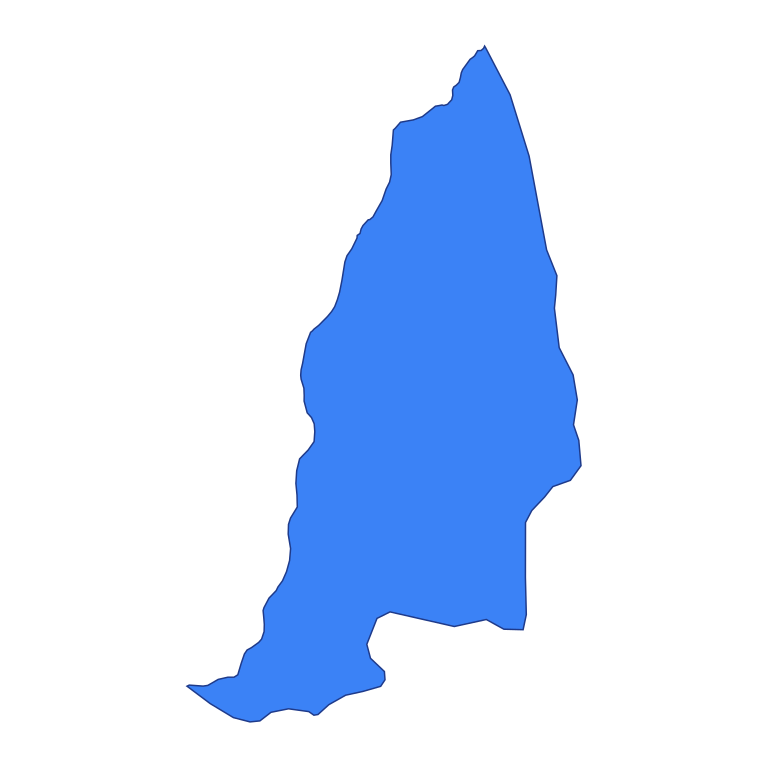 Mayo-Tsanaga, Extrême-Nord, Cameroon (Natural Earth projection)
{"feature_id": "32672807B48868778994443", "entity_name": "Mayo-Tsanaga", "entity_type": "district", "adm_level": 2, "iso_a3": "CMR", "parent_name": "Cameroon", "parent_adm1": "Extrême-Nord", "projection": "natural_earth1", "projection_center": [13.657, 10.578], "detail": "fine", "context": "isolated", "style": "filled", "palette": "blue", "viewbox_px": 768, "rotation_deg": 0, "n_neighbors": 0, "source": "geoboundaries", "source_scale": "gbopen_adm2", "svg_char_len": 1938}
<svg xmlns="http://www.w3.org/2000/svg" viewBox="0 0 768 768"><path d="M556.9,275.7L546.6,249.9L529.1,156.1L510.1,94.8L485.7,47.9L484.6,46.1L483.6,48.3L481.1,50.5L477.7,50.7L474.6,55.9L472.7,57.5L470.1,59.3L462.7,69.5L461.3,72.8L460.4,77.6L459.1,82.4L456.3,85.2L453.7,87.0L452.5,90.0L452.8,95.4L451.7,99.8L448.6,103.1L447.6,104.3L443.9,105.5L442.0,105.0L439.0,105.6L435.4,106.2L422.4,116.6L413.3,119.9L400.5,122.2L395.4,128.1L393.4,130.0L392.2,145.2L390.8,154.8L390.8,163.1L391.2,173.7L391.2,174.8L389.6,182.1L386.1,189.1L382.2,200.5L376.1,211.2L373.0,216.9L369.8,219.6L368.2,219.8L363.0,225.5L361.1,229.0L360.0,233.5L357.2,235.4L357.0,238.1L351.8,248.8L347.0,255.7L344.9,261.9L341.9,280.5L339.6,292.1L337.4,299.6L334.7,306.7L332.1,310.8L331.5,311.7L327.5,316.5L318.7,325.4L314.1,329.0L312.3,331.0L310.6,332.3L306.2,343.7L302.6,363.4L301.1,369.8L300.7,375.2L301.1,379.1L303.9,388.2L304.2,395.6L304.1,401.1L307.2,412.8L311.5,417.6L314.2,423.8L314.8,431.6L314.1,441.6L308.1,450.1L303.7,454.6L299.6,458.9L298.3,464.2L296.7,470.7L295.9,483.4L297.0,495.0L297.3,507.0L290.5,518.1L288.5,524.4L288.2,534.1L290.6,548.6L289.6,560.5L286.5,571.7L282.5,580.8L278.0,586.9L276.2,590.6L269.0,598.1L264.0,607.6L263.1,610.6L263.8,617.8L264.3,624.4L264.1,631.6L261.6,639.1L258.7,642.4L251.5,647.6L247.1,650.0L244.4,654.0L241.2,663.4L237.8,674.8L234.0,677.2L227.9,677.2L218.2,679.4L207.8,685.4L203.1,686.1L189.2,685.1L187.0,686.2L210.2,703.6L233.4,717.6L250.0,721.9L259.9,720.9L271.0,712.3L288.5,708.8L308.8,711.6L313.9,715.2L318.0,714.5L328.8,704.7L345.6,695.2L363.0,691.4L380.7,686.3L385.0,679.8L384.4,671.5L370.5,658.3L366.8,644.3L377.0,618.4L390.0,611.9L454.3,626.5L486.3,619.5L503.9,629.2L523.1,629.7L526.3,614.6L525.4,577.4L525.5,522.5L531.8,510.5L544.6,497.0L552.8,486.6L570.4,480.3L581.0,465.7L578.8,440.4L573.5,424.8L577.3,399.9L573.1,374.9L559.2,347.7L554.4,308.2L555.7,295.2L556.9,275.7Z" fill="#3b82f6" stroke="#1e3a8a" stroke-width="1.5"/></svg>